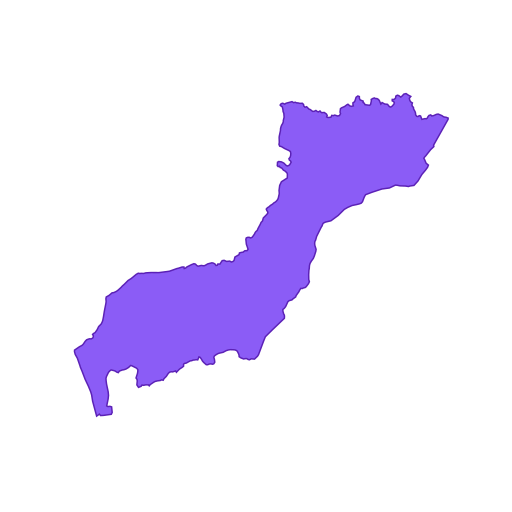 outline of Hamisi, Western, Kenya, rotated 14°
{"feature_id": "3690345B54311955774666", "entity_name": "Hamisi", "entity_type": "district", "adm_level": 2, "iso_a3": "KEN", "parent_name": "Kenya", "parent_adm1": "Western", "projection": "natural_earth1", "projection_center": [34.822, 0.093], "detail": "fine", "context": "isolated", "style": "filled", "palette": "violet", "viewbox_px": 512, "rotation_deg": 14, "n_neighbors": 0, "source": "geoboundaries", "source_scale": "gbopen_adm2", "svg_char_len": 6069}
<svg xmlns="http://www.w3.org/2000/svg" viewBox="0 0 512 512"><g transform="rotate(14 256 256)"><path d="M384.4,151.9L387.1,151.7L388.3,150.9L392.2,149.3L395.0,144.1L397.2,136.8L399.6,131.9L401.0,128.5L401.3,126.1L398.6,124.8L396.2,121.6L395.2,120.6L395.6,119.3L396.4,117.9L399.7,110.6L402.1,106.8L401.5,105.4L409.3,77.0L409.1,75.7L406.8,75.4L405.2,75.6L403.9,75.4L402.4,74.8L398.4,74.2L396.8,74.9L394.4,76.8L392.7,77.6L391.4,76.8L389.8,77.8L389.1,79.4L388.8,80.8L388.0,81.7L386.7,81.8L383.9,83.3L381.8,80.3L380.5,80.3L379.4,81.5L378.1,81.6L376.7,80.3L376.2,78.7L375.3,77.3L373.4,75.3L372.8,73.7L371.4,72.8L370.7,71.5L370.7,69.6L369.2,69.2L367.6,67.9L366.6,65.9L367.6,63.7L365.0,63.1L362.3,62.1L360.2,63.2L359.2,65.2L358.0,66.8L355.7,65.8L354.2,65.8L353.0,67.0L353.2,69.0L352.2,70.6L350.3,71.1L350.6,72.5L352.2,72.9L353.1,73.8L353.1,75.2L351.9,77.6L350.7,78.9L349.3,78.8L346.9,77.0L344.1,77.4L341.2,76.6L340.4,78.4L338.2,75.5L337.0,74.5L335.3,74.0L333.8,74.3L332.6,74.0L331.2,74.9L329.9,76.2L330.4,77.6L330.5,81.2L329.8,82.3L325.1,82.8L324.2,81.6L322.8,81.2L322.5,79.8L319.2,79.3L318.2,78.0L317.7,76.3L316.1,76.1L314.7,77.8L314.5,81.3L314.2,82.6L313.0,83.9L313.4,85.5L314.1,86.8L312.4,87.7L310.9,87.7L308.5,86.5L307.5,87.4L305.8,89.5L303.2,91.5L302.3,92.6L302.7,96.0L303.6,97.5L303.0,99.5L301.4,100.4L298.3,100.2L297.0,101.1L295.5,101.2L295.1,103.2L293.8,103.7L292.3,104.2L290.9,104.0L291.1,102.4L290.0,101.2L287.5,100.2L285.1,101.0L284.0,100.6L283.0,99.8L281.7,101.1L280.5,101.0L278.9,100.3L277.5,101.5L276.0,102.0L273.3,100.8L271.8,100.6L269.0,98.9L267.6,99.8L266.1,98.9L265.5,97.5L264.1,96.6L261.5,97.3L259.7,97.3L258.3,97.6L256.9,97.3L255.4,98.1L253.6,97.5L248.2,100.5L247.1,101.7L245.0,101.3L243.6,102.1L242.9,103.7L243.9,104.4L245.5,105.0L246.8,107.7L247.3,109.2L248.5,110.9L249.7,114.5L249.7,117.9L250.0,119.2L249.8,121.0L249.2,122.9L249.0,124.6L249.0,126.5L249.4,128.5L249.6,134.2L249.8,135.5L251.1,140.1L251.3,142.2L252.4,143.7L254.2,143.7L257.8,144.8L262.4,145.7L264.1,146.3L265.0,148.2L265.3,150.2L265.2,151.9L264.4,153.6L265.2,154.9L266.5,155.4L267.4,156.5L266.6,159.3L265.8,160.3L264.6,161.1L263.4,160.8L260.5,159.1L257.9,158.5L255.2,158.8L254.2,159.8L254.8,163.2L255.9,163.9L257.0,163.2L258.0,164.3L259.6,164.4L261.9,166.1L263.3,166.4L265.7,167.7L266.6,168.8L267.5,172.7L262.7,177.8L261.9,181.8L262.5,186.9L263.0,188.3L263.5,190.0L263.6,194.6L263.3,196.1L262.5,197.8L261.7,199.0L260.6,200.0L259.4,201.8L257.8,203.4L256.7,205.1L255.4,206.4L254.6,208.0L255.5,209.3L256.6,210.2L257.1,211.4L256.4,213.1L253.9,217.3L253.8,220.5L252.8,222.2L252.5,224.1L251.3,228.8L251.0,230.9L250.0,232.3L249.5,233.5L249.2,235.1L247.8,238.7L246.4,239.8L244.9,239.5L243.4,239.9L242.2,240.8L242.1,242.2L243.8,246.9L246.7,251.4L246.0,253.0L243.9,253.6L242.5,255.4L240.8,256.1L239.2,257.0L239.2,258.8L235.8,262.1L235.8,265.6L235.0,266.9L233.5,267.8L231.8,267.3L228.7,268.4L226.1,267.9L224.3,268.7L222.9,272.6L220.9,273.0L220.7,274.3L219.5,274.9L218.0,273.6L216.1,273.2L214.8,273.3L211.1,275.3L208.6,277.7L207.4,278.2L205.2,278.4L202.3,279.9L200.9,279.6L199.2,278.5L197.6,278.5L195.6,279.9L191.6,283.3L190.5,284.9L189.4,285.5L188.7,284.1L186.9,284.6L183.7,286.6L182.3,287.3L175.7,291.7L173.5,292.6L165.8,295.6L158.3,297.4L153.2,299.0L151.2,300.1L148.8,300.6L147.5,301.1L145.9,301.2L144.3,302.7L140.3,308.1L137.8,310.7L135.0,315.4L133.6,317.4L132.7,319.1L130.5,322.4L129.1,324.1L126.9,325.9L125.2,326.6L123.1,329.6L120.6,332.0L120.7,333.8L121.6,336.5L121.8,338.1L122.2,346.1L122.7,351.8L122.9,355.7L122.7,357.5L122.2,359.5L120.4,362.5L119.7,365.9L118.4,369.3L117.0,370.6L116.4,371.7L117.4,372.6L117.7,373.8L117.4,375.2L116.1,376.3L114.5,376.6L113.3,377.3L111.9,378.3L110.9,380.1L109.7,383.4L108.9,384.7L106.5,386.9L102.7,391.2L103.0,392.7L104.4,395.2L107.4,398.4L111.7,405.0L112.5,406.4L115.2,410.0L120.0,416.9L124.9,422.9L128.5,427.8L130.2,430.7L132.6,436.4L140.1,449.9L142.3,447.3L143.8,448.4L146.7,447.5L153.9,444.6L154.3,442.6L152.4,437.3L150.6,437.2L148.8,437.9L147.4,437.6L147.1,430.5L146.6,426.9L145.4,423.5L142.0,416.5L140.6,412.9L140.0,410.8L140.1,409.0L140.7,406.1L141.0,404.6L142.1,402.6L143.0,401.6L146.3,401.6L147.6,401.8L148.7,402.3L150.6,402.5L151.3,400.7L154.1,398.8L155.2,398.4L157.1,397.2L159.3,395.0L160.9,392.5L162.3,392.6L167.2,393.7L168.8,394.8L169.2,396.4L169.4,398.5L169.1,403.4L170.4,404.5L171.0,406.0L171.6,409.9L173.8,411.9L176.1,410.2L176.6,408.8L178.1,408.7L180.4,407.6L182.9,407.1L183.8,407.8L184.5,406.3L187.2,403.3L188.5,402.1L190.8,400.9L193.2,400.0L194.4,399.0L196.0,399.0L196.4,397.3L198.1,394.5L199.3,391.1L200.3,389.6L201.8,388.8L203.2,388.6L205.8,387.0L206.9,388.1L208.8,384.8L209.7,383.6L211.0,382.3L212.4,380.5L211.9,378.6L212.5,377.6L214.2,376.8L217.5,373.7L219.0,373.1L220.2,372.2L221.7,371.7L222.9,371.1L224.6,370.9L225.1,367.7L226.4,367.9L227.9,369.2L229.5,370.9L231.1,372.0L234.0,373.5L235.4,373.2L236.7,372.2L238.1,371.6L240.1,371.5L241.1,370.8L241.7,369.0L240.6,366.2L239.6,364.6L239.8,363.1L240.8,361.8L242.6,360.0L243.8,359.2L247.4,357.4L249.9,355.1L252.0,353.8L253.7,353.1L257.0,352.4L258.4,352.2L260.2,352.5L261.3,353.4L262.9,355.3L263.6,356.5L264.0,357.8L265.9,358.5L268.9,358.9L270.3,358.2L271.9,357.8L273.4,358.3L274.7,358.3L276.3,356.9L279.5,356.4L281.7,352.9L282.3,351.1L283.9,337.1L284.6,332.1L289.7,323.7L298.6,309.6L298.3,307.9L297.8,306.5L296.9,305.6L295.5,303.1L295.0,301.4L296.1,299.9L297.0,297.9L298.0,292.6L299.0,291.3L301.5,289.9L302.3,288.6L304.4,286.1L304.5,284.7L306.2,280.4L306.7,278.2L307.3,276.6L308.7,276.4L309.9,275.4L311.2,274.8L312.1,273.7L313.6,270.2L314.0,268.0L312.9,266.1L311.6,261.3L310.8,257.0L310.7,255.3L310.2,252.4L310.2,250.3L310.9,247.7L312.2,244.5L312.6,241.9L312.9,237.0L312.7,235.0L310.5,231.4L309.9,229.7L309.6,227.7L310.0,226.1L310.1,222.3L312.3,212.3L312.8,210.9L313.0,208.9L313.4,207.8L315.2,206.3L320.2,203.7L325.9,196.8L330.4,189.4L333.3,186.6L337.1,183.7L341.1,181.8L343.7,180.4L345.3,179.3L346.2,177.6L346.7,173.2L347.1,171.3L347.5,170.0L353.1,166.1L362.0,160.5L369.0,157.7L374.1,153.5L375.8,153.2L378.6,153.1L384.4,151.9Z" fill="#8b5cf6" stroke="#5b21b6" stroke-width="1.5"/></g></svg>